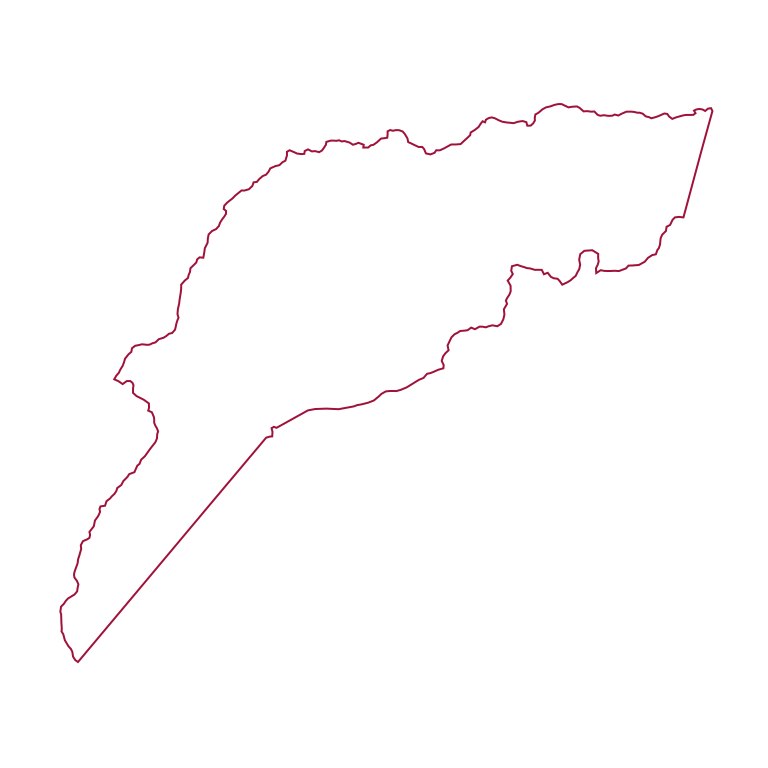 the district of Alto Alegre do Pindaré, Maranhão, Brazil, rotated 6°
{"feature_id": "56859067B27762035382418", "entity_name": "Alto Alegre do Pindaré", "entity_type": "district", "adm_level": 2, "iso_a3": "BRA", "parent_name": "Brazil", "parent_adm1": "Maranhão", "projection": "orthographic", "projection_center": [-45.998, -3.962], "detail": "fine", "context": "isolated", "style": "outline", "palette": "rose", "viewbox_px": 768, "rotation_deg": 6, "n_neighbors": 0, "source": "geoboundaries", "source_scale": "gbopen_adm2", "svg_char_len": 5271}
<svg xmlns="http://www.w3.org/2000/svg" viewBox="0 0 768 768"><g transform="rotate(6 384 384)"><path d="M682.1,78.2L680.4,75.5L677.4,76.3L674.9,78.9L672.2,77.7L668.9,77.5L666.0,78.3L663.7,79.7L665.5,82.1L663.5,84.0L660.3,84.4L656.5,84.8L653.7,85.5L646.8,88.2L643.0,90.2L639.5,88.1L637.5,85.8L634.5,85.7L632.2,87.0L629.5,88.6L626.2,90.2L622.1,91.8L619.7,90.9L616.4,90.5L613.0,88.1L609.9,87.5L607.2,87.7L604.5,87.3L601.2,87.3L596.7,87.8L592.0,90.4L589.0,92.5L585.4,91.9L583.0,93.3L579.2,93.9L574.7,93.7L571.0,94.6L568.3,94.0L564.7,91.0L561.4,91.5L557.5,91.4L554.0,92.0L549.6,88.9L546.9,87.8L542.1,88.6L538.6,89.6L534.3,88.1L531.6,87.1L528.5,87.3L524.6,88.5L520.5,90.5L516.3,91.9L512.8,94.3L511.1,96.2L509.0,98.3L506.4,100.1L506.1,103.4L506.5,106.2L505.2,109.1L502.9,111.7L499.5,112.1L498.2,108.7L494.4,108.0L490.0,109.1L485.5,111.1L481.9,111.0L479.2,111.1L474.2,110.8L470.5,109.7L466.4,108.1L463.1,107.6L460.2,108.7L457.7,110.5L457.1,113.2L454.6,112.4L452.9,115.1L451.2,118.5L447.7,121.9L443.9,124.8L443.7,127.5L441.2,130.5L438.3,133.7L435.1,137.4L430.2,138.3L425.7,138.8L418.8,143.6L415.0,145.8L411.5,146.1L410.1,148.8L406.2,150.8L401.6,150.3L399.3,146.1L397.2,144.2L393.8,144.7L389.4,143.2L385.6,141.8L382.8,140.9L381.6,137.2L378.4,133.0L376.1,130.9L372.4,130.0L369.1,130.3L366.5,131.2L363.6,130.8L361.2,132.3L361.5,135.6L361.5,138.7L358.3,139.6L355.4,140.2L351.8,144.3L348.4,147.3L345.9,148.0L343.5,150.5L338.7,151.0L338.8,148.2L333.4,146.8L330.8,148.2L328.1,149.3L324.6,147.5L319.3,146.5L316.5,147.2L313.8,146.3L311.4,147.1L308.6,147.2L305.7,147.5L301.4,149.2L301.2,152.1L299.3,155.9L297.8,158.4L295.2,160.2L291.2,159.6L287.9,160.2L283.9,158.6L280.8,160.6L280.7,163.4L277.9,164.0L273.5,163.9L270.9,163.0L265.7,161.4L263.2,163.2L263.6,166.9L262.6,172.2L259.8,174.1L257.1,177.3L253.3,178.6L248.4,181.4L247.0,184.9L244.9,188.1L241.6,189.9L238.6,193.1L236.4,196.3L233.2,197.1L232.4,200.8L229.3,204.4L225.0,206.2L222.1,206.4L219.4,209.1L216.4,212.1L214.1,215.1L211.5,217.6L208.8,220.3L206.5,223.4L206.3,226.7L208.8,228.3L209.1,231.2L207.7,234.1L205.7,237.4L204.1,240.7L203.3,244.1L200.8,247.5L197.0,249.8L194.0,253.5L193.6,257.6L193.8,262.0L192.8,264.6L191.6,267.7L191.5,272.0L191.1,277.3L187.4,277.3L185.2,279.5L184.6,282.8L182.4,285.5L179.4,289.1L179.3,293.0L178.4,295.6L177.9,299.1L175.1,301.9L171.9,306.4L172.3,309.9L172.3,314.4L171.9,321.3L171.9,324.9L171.2,331.1L171.3,336.0L172.7,339.6L171.9,342.2L171.2,345.6L170.9,348.8L170.5,351.8L168.0,355.4L164.9,356.5L162.4,359.1L160.0,361.0L155.3,363.0L152.4,366.5L149.3,367.8L146.7,369.4L144.2,369.8L139.2,369.8L135.5,371.1L132.5,372.0L129.6,374.8L129.4,378.4L126.8,381.2L123.8,385.9L123.1,389.8L122.2,393.2L120.1,397.6L119.2,400.4L116.8,403.9L115.2,407.5L119.7,409.0L124.1,411.4L127.8,408.0L131.4,407.6L133.7,409.1L135.0,411.4L134.9,414.7L135.3,419.0L139.2,421.9L146.6,424.7L152.2,427.9L152.8,432.3L152.3,435.1L156.1,436.4L158.6,440.9L159.2,443.4L159.5,446.6L161.0,449.4L162.8,451.8L164.3,454.8L163.7,457.5L163.9,461.9L162.7,465.8L158.3,472.8L153.7,480.9L150.4,484.6L149.2,489.0L147.2,491.0L146.1,494.3L145.0,497.8L140.1,500.2L138.5,503.3L134.9,507.8L133.3,511.9L129.6,515.3L129.0,518.4L127.4,521.5L125.1,524.1L123.4,526.6L120.3,529.5L119.3,534.2L114.8,535.4L114.1,538.1L115.0,540.8L113.6,545.1L110.8,550.0L110.3,555.8L108.8,558.2L106.5,561.9L107.5,564.8L107.1,567.9L104.9,569.6L101.1,571.7L99.3,576.0L100.1,579.7L98.8,587.1L98.1,590.2L98.0,594.5L95.9,602.9L95.6,605.9L96.4,608.9L99.2,611.9L101.0,615.2L100.6,618.7L100.5,622.3L98.2,625.7L92.2,630.3L90.3,632.8L88.7,635.9L86.1,639.2L85.9,644.2L87.0,646.9L88.1,655.0L89.1,660.8L89.2,663.8L91.2,666.4L93.4,672.2L97.6,677.8L100.3,680.2L102.0,682.9L103.3,687.7L105.8,690.8L108.7,692.5L164.6,609.6L222.9,523.0L272.4,449.7L275.8,448.3L278.3,447.8L278.1,443.2L276.8,439.7L279.0,438.1L281.7,438.8L311.1,418.2L318.1,416.1L329.3,414.5L341.5,413.8L356.4,409.4L359.5,407.8L363.5,406.7L370.1,404.3L375.7,401.4L380.2,396.8L382.5,394.1L386.5,391.2L390.8,390.3L397.2,389.7L401.4,388.0L406.9,385.0L418.3,376.2L422.7,373.8L425.7,369.4L429.0,368.3L431.7,366.9L436.6,364.1L441.4,362.2L441.4,359.0L439.0,355.0L439.9,350.3L441.9,346.9L444.7,343.7L443.2,339.0L446.2,330.5L449.0,327.1L451.6,325.5L454.2,323.3L458.1,322.6L461.5,321.8L464.8,318.8L468.7,320.0L473.0,317.0L476.0,316.7L479.3,317.0L482.1,315.6L485.7,314.3L490.6,314.7L494.0,312.1L495.9,307.3L496.5,302.4L495.4,297.1L498.0,291.5L496.5,288.2L497.6,285.4L499.5,281.7L500.3,278.5L499.6,273.0L496.2,268.2L498.6,264.9L500.6,261.2L498.7,258.1L498.9,253.5L504.1,251.5L507.8,252.5L511.3,253.1L513.9,253.8L517.3,253.8L522.2,254.7L525.4,254.3L529.0,254.0L531.6,258.1L535.2,256.3L538.8,260.0L541.8,261.1L545.6,261.2L547.9,263.2L550.9,266.6L553.4,265.1L556.0,263.5L558.8,261.3L561.0,258.8L563.3,256.5L564.8,252.4L566.2,249.3L566.6,244.8L565.1,240.0L565.6,234.4L569.3,230.6L577.2,229.2L583.4,232.2L583.8,236.3L584.7,239.8L584.0,243.3L582.7,246.7L583.5,251.5L587.6,248.2L591.6,248.5L597.1,248.0L601.6,247.3L605.9,247.1L612.5,243.8L614.8,240.7L619.0,240.1L621.7,239.6L625.0,239.0L630.5,235.2L633.3,231.0L637.2,227.8L640.8,226.6L641.8,222.4L643.2,220.0L643.9,216.4L643.9,210.1L645.1,206.4L648.4,202.3L648.6,198.1L651.9,195.9L653.8,190.6L655.9,187.9L659.7,187.0L664.4,187.0L675.4,118.3L682.1,78.2Z" fill="none" stroke="#9f1239" stroke-width="2"/></g></svg>